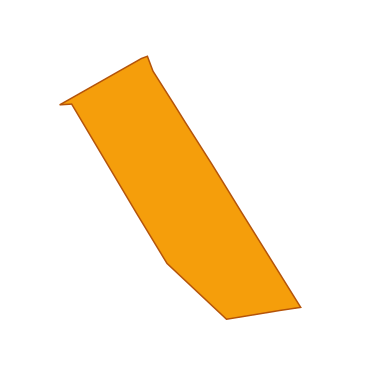 Cajueiro, Alagoas, Brazil, rotated 130°
{"feature_id": "56859067B55731035935340", "entity_name": "Cajueiro", "entity_type": "district", "adm_level": 2, "iso_a3": "BRA", "parent_name": "Brazil", "parent_adm1": "Alagoas", "projection": "robinson", "projection_center": [-36.169, -9.389], "detail": "fine", "context": "isolated", "style": "filled", "palette": "amber", "viewbox_px": 384, "rotation_deg": 130, "n_neighbors": 0, "source": "geoboundaries", "source_scale": "gbopen_adm2", "svg_char_len": 360}
<svg xmlns="http://www.w3.org/2000/svg" viewBox="0 0 384 384"><g transform="rotate(130 192 192)"><path d="M210.3,349.4L202.0,340.7L243.5,222.0L262.8,165.2L267.3,83.8L226.1,48.4L210.5,34.6L175.5,141.8L165.7,171.2L157.8,195.1L142.9,242.2L136.6,261.5L124.5,299.6L116.7,313.4L122.3,316.6L210.3,349.4Z" fill="#f59e0b" stroke="#b45309" stroke-width="1.5"/></g></svg>